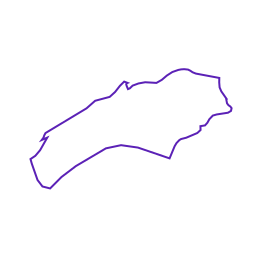 outline of La Union, rotated 67°
{"feature_id": "PHL-2561", "entity_name": "La Union", "entity_type": "Province", "adm_level": 1, "iso_a3": "PHL", "parent_name": "Philippines", "parent_adm1": "", "projection": "albers", "projection_center": [120.415, 16.561], "detail": "fine", "context": "isolated", "style": "outline", "palette": "violet", "viewbox_px": 256, "rotation_deg": 67, "n_neighbors": 0, "source": "natural_earth", "source_scale": "10m", "svg_char_len": 944}
<svg xmlns="http://www.w3.org/2000/svg" viewBox="0 0 256 256"><g transform="rotate(67 128 128)"><path d="M118.5,229.9L117.4,224.2L114.1,217.6L105.3,206.1L105.3,212.0L103.9,209.6L102.0,207.9L100.4,205.9L93.7,158.5L90.1,147.6L92.2,132.7L89.8,125.8L86.0,118.9L83.8,113.4L86.3,110.8L86.3,111.9L87.2,112.6L89.1,112.8L92.2,112.8L92.2,110.8L90.8,107.2L91.1,100.9L92.6,94.3L97.6,84.2L96.9,78.1L94.9,71.7L93.8,65.3L94.2,59.0L94.8,56.2L95.8,53.3L97.7,49.9L99.7,48.2L101.9,46.8L104.4,44.3L117.6,24.4L121.6,26.2L126.4,27.8L130.7,27.8L139.7,25.9L139.7,26.3L144.0,27.2L146.3,26.6L148.2,25.4L150.2,24.9L152.5,26.5L153.0,30.0L150.2,41.0L149.7,45.1L151.7,49.7L154.2,52.9L155.7,56.1L154.6,60.6L158.2,62.0L159.7,66.2L159.7,78.2L158.9,83.5L159.2,85.5L160.8,89.2L163.0,92.2L172.2,101.6L149.9,126.5L141.1,141.1L138.1,156.3L142.7,190.9L147.1,208.3L153.2,223.3L148.4,229.6L140.5,231.6L123.3,230.5L118.5,229.9Z" fill="none" stroke="#5b21b6" stroke-width="2"/></g></svg>